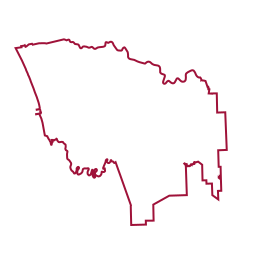 the district of Altamira, Tamaulipas, Mexico, rotated 171°
{"feature_id": "50627088B67478118137256", "entity_name": "Altamira", "entity_type": "district", "adm_level": 2, "iso_a3": "MEX", "parent_name": "Mexico", "parent_adm1": "Tamaulipas", "projection": "orthographic", "projection_center": [-98.026, 22.563], "detail": "fine", "context": "isolated", "style": "outline", "palette": "rose", "viewbox_px": 256, "rotation_deg": 171, "n_neighbors": 0, "source": "geoboundaries", "source_scale": "gbopen_adm2", "svg_char_len": 5720}
<svg xmlns="http://www.w3.org/2000/svg" viewBox="0 0 256 256"><g transform="rotate(171 128 128)"><path d="M212.9,226.1L215.4,224.6L216.4,224.2L216.5,224.2L217.0,225.9L217.6,225.6L220.7,225.6L220.6,224.4L226.5,224.5L222.2,211.3L219.7,202.2L219.5,200.8L218.5,197.3L218.4,196.2L217.8,194.4L217.0,190.9L216.7,189.0L215.1,181.9L214.4,177.9L213.2,172.5L213.1,171.7L212.3,166.9L212.1,164.4L212.0,161.8L212.5,160.5L215.3,160.5L215.3,160.3L212.1,160.4L211.9,159.8L211.9,159.3L212.5,159.2L211.9,159.1L211.7,157.4L212.1,157.4L212.1,157.2L211.7,157.3L211.5,157.1L211.5,156.9L211.9,156.1L216.6,156.1L216.6,155.9L213.5,156.0L212.1,150.8L211.6,146.5L211.3,133.7L211.0,133.6L209.4,132.6L209.0,132.5L208.6,130.9L208.3,130.3L208.0,129.3L207.6,128.7L207.1,127.0L206.7,126.1L206.6,125.5L206.7,124.5L206.5,123.5L206.3,123.4L206.2,123.4L205.7,124.3L205.6,125.0L205.1,125.9L204.6,126.1L204.6,126.5L204.9,127.0L205.0,127.5L205.1,128.1L203.8,127.9L203.5,127.6L203.3,127.4L203.1,127.3L202.4,127.7L201.4,127.9L200.8,128.2L200.4,128.6L200.1,128.4L199.8,126.9L199.4,126.0L198.7,125.0L197.8,124.7L195.8,124.7L194.6,124.4L194.3,123.9L194.0,123.2L193.4,122.5L192.4,121.5L192.3,121.2L192.3,120.7L192.5,119.0L193.1,117.5L193.1,116.9L192.8,115.9L191.6,114.8L191.5,114.3L191.6,113.8L192.1,112.5L192.4,111.2L192.8,107.7L192.6,106.8L191.1,105.3L189.8,102.5L189.7,101.7L189.9,100.8L190.9,99.0L191.1,98.3L191.1,97.3L190.9,96.2L190.4,94.9L189.0,93.3L188.3,91.6L187.8,91.4L187.0,91.6L186.2,92.6L185.7,93.5L185.2,94.9L185.0,96.2L184.2,97.0L183.7,97.3L183.1,97.3L182.8,97.0L182.6,96.5L182.7,96.0L183.6,94.9L184.1,94.5L184.6,93.6L185.0,92.6L185.1,91.5L184.9,90.3L184.4,89.8L183.3,89.8L181.4,90.5L180.4,91.3L179.8,92.1L179.3,93.6L178.8,94.5L178.0,94.8L177.2,94.9L175.3,94.5L173.8,94.5L173.4,94.3L173.2,93.9L173.2,93.6L173.4,93.0L174.2,92.0L174.6,91.3L174.9,90.4L175.0,89.3L175.0,88.9L174.7,88.2L174.2,87.6L173.9,87.3L173.3,87.3L172.4,87.7L171.7,88.7L170.1,92.1L169.9,92.3L169.5,92.2L169.4,91.9L169.4,91.0L170.0,89.4L170.3,87.5L170.3,86.3L169.7,84.6L169.1,84.2L168.6,84.3L168.2,84.6L168.1,85.2L169.0,88.3L169.0,89.0L168.8,89.9L168.3,91.0L166.9,92.4L166.5,92.5L165.9,92.5L165.5,92.1L165.3,91.5L165.5,90.7L167.5,89.1L167.8,88.1L167.7,87.3L167.1,86.4L166.2,85.6L164.8,84.8L164.1,84.8L163.0,85.1L162.0,86.0L161.5,86.7L161.2,87.5L160.9,88.7L160.7,88.9L160.3,88.8L159.3,88.4L158.7,88.3L157.8,88.7L157.4,89.1L157.3,91.7L157.9,91.9L158.4,91.6L158.7,91.6L158.8,91.8L158.8,92.4L157.6,94.5L156.0,97.0L155.3,98.4L154.9,99.6L154.2,100.2L153.6,100.4L153.3,100.1L153.3,99.9L153.5,99.4L154.2,98.9L154.4,98.6L154.3,98.0L153.2,96.6L152.6,96.4L152.2,96.4L151.7,96.6L150.5,97.7L150.3,98.1L150.2,98.7L149.8,98.9L149.5,98.6L149.1,97.5L147.9,97.1L147.7,96.9L147.3,95.9L147.0,95.6L146.6,95.6L146.2,95.7L145.6,96.1L144.1,88.0L143.2,83.4L137.2,51.1L137.5,50.4L140.0,31.7L125.4,29.8L124.9,33.7L117.2,32.5L115.0,48.4L97.8,54.7L80.4,52.5L76.9,80.7L76.9,82.5L78.0,84.0L77.7,84.2L77.3,83.9L77.0,83.3L76.7,83.3L76.3,83.1L76.0,83.2L75.9,83.2L76.0,82.8L75.9,82.6L76.1,82.4L75.7,82.3L75.6,82.0L75.4,81.9L75.5,81.6L75.8,81.7L75.7,81.4L75.4,81.0L75.1,80.9L74.8,81.2L73.8,80.8L73.3,80.9L73.0,80.7L72.6,80.9L72.6,81.3L71.8,81.7L71.6,82.0L71.4,81.8L71.1,81.8L70.9,81.6L70.8,81.9L70.4,82.3L69.9,82.0L69.7,82.1L69.4,82.1L69.5,82.2L68.4,82.8L68.0,82.7L67.8,83.1L68.2,83.6L68.0,83.9L67.7,84.0L67.4,83.8L67.2,83.5L67.2,83.2L66.7,83.6L66.1,83.6L65.9,83.5L64.0,83.8L60.5,80.1L62.6,64.6L58.8,64.1L59.2,60.7L53.8,60.0L55.2,48.5L50.0,43.3L49.0,51.8L45.7,51.4L44.2,63.2L45.2,64.2L45.5,63.9L46.2,64.7L46.1,65.2L45.3,64.3L45.1,64.5L44.8,64.2L44.7,65.6L44.0,64.8L42.6,75.2L44.5,75.5L42.4,91.9L33.9,90.9L29.5,128.3L37.5,129.3L34.9,148.3L39.7,149.0L39.7,148.8L42.9,149.5L41.6,153.4L43.4,153.9L42.0,154.1L42.3,156.1L43.0,156.0L44.1,162.3L45.7,163.0L47.1,163.3L47.6,163.8L48.1,163.7L47.9,164.3L48.5,166.2L48.9,166.7L49.7,166.7L50.5,167.0L51.3,167.7L51.9,168.5L52.5,169.8L53.0,171.9L53.6,173.4L54.2,174.4L55.0,174.9L55.9,175.0L57.3,174.7L60.0,173.8L61.4,173.1L62.1,172.6L62.5,171.8L62.7,171.0L62.9,169.0L63.3,167.2L63.8,166.1L64.6,165.4L65.4,165.1L66.4,165.1L67.3,165.3L68.2,165.9L69.1,167.0L70.3,168.7L70.7,169.1L71.2,169.3L71.7,169.3L72.2,169.0L74.5,166.0L75.3,165.3L75.9,165.1L76.7,165.1L77.4,165.4L78.1,165.8L80.1,168.0L80.8,168.3L81.4,168.1L82.1,167.8L83.8,166.3L84.6,166.0L85.3,166.0L85.8,166.4L86.2,167.0L86.2,167.8L85.9,168.6L83.6,173.0L83.4,173.8L83.4,174.4L83.7,174.8L84.2,175.2L85.8,176.0L86.7,176.6L87.2,177.3L87.5,178.0L87.0,181.4L87.0,182.3L87.1,183.2L87.5,184.0L88.1,184.6L88.7,185.0L92.2,186.2L93.3,186.9L94.1,187.5L95.3,189.0L96.1,189.8L97.2,190.3L98.4,190.3L99.3,190.0L101.0,189.0L101.6,189.1L106.5,191.3L108.3,192.3L111.2,194.3L115.0,195.7L115.9,196.3L116.4,196.9L116.7,197.6L116.8,198.3L116.5,200.1L116.4,202.2L116.5,203.2L118.2,207.2L118.6,207.9L119.0,208.2L119.5,208.1L120.0,207.9L120.7,207.4L121.7,205.9L122.2,205.6L122.7,205.5L125.4,206.1L126.2,206.5L126.7,207.1L128.8,211.3L129.3,212.5L129.6,214.0L130.1,215.0L130.7,215.6L131.2,215.8L132.0,215.9L134.2,215.2L134.7,215.4L135.5,216.0L136.2,216.2L136.7,215.9L137.0,215.1L137.3,213.9L137.7,212.9L138.3,212.4L139.2,212.2L140.0,212.1L144.0,212.3L145.5,212.2L146.8,211.6L147.9,211.3L148.8,211.5L149.3,211.9L150.3,213.2L150.7,213.6L151.3,213.8L151.8,213.7L153.2,213.4L153.7,213.4L154.3,213.5L156.2,214.7L158.3,215.4L159.5,215.5L160.0,215.3L161.3,214.2L161.9,214.1L162.4,214.3L162.8,214.8L163.7,217.7L164.2,218.3L165.0,218.6L167.0,219.2L167.3,219.4L168.2,220.9L168.6,221.3L169.1,221.6L170.0,221.6L170.7,221.7L171.4,222.0L171.9,222.9L172.0,223.7L172.3,224.3L172.7,224.5L173.2,224.6L175.0,224.2L176.0,224.9L177.4,225.6L195.4,224.2L196.3,224.6L197.6,224.9L202.6,225.6L209.1,225.2L209.6,226.2L212.9,226.1Z" fill="none" stroke="#9f1239" stroke-width="2"/></g></svg>